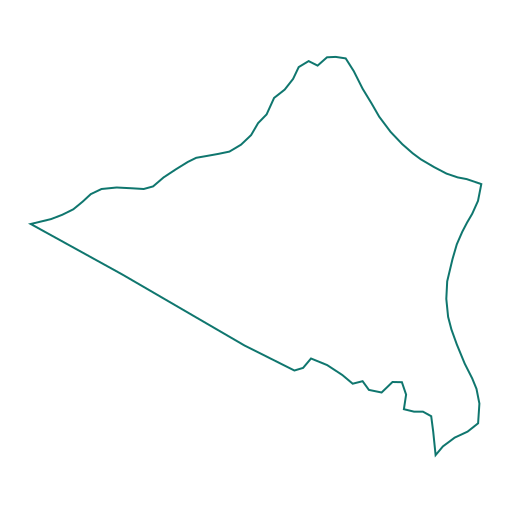 Lucena, Paraíba, Brazil
{"feature_id": "56859067B15488215620489", "entity_name": "Lucena", "entity_type": "district", "adm_level": 2, "iso_a3": "BRA", "parent_name": "Brazil", "parent_adm1": "Paraíba", "projection": "natural_earth1", "projection_center": [-34.904, -6.922], "detail": "fine", "context": "isolated", "style": "outline", "palette": "teal", "viewbox_px": 512, "rotation_deg": 0, "n_neighbors": 0, "source": "geoboundaries", "source_scale": "gbopen_adm2", "svg_char_len": 1117}
<svg xmlns="http://www.w3.org/2000/svg" viewBox="0 0 512 512"><path d="M345.7,58.4L335.7,56.9L327.0,57.3L317.6,65.6L308.6,61.1L298.7,67.1L293.1,78.9L284.7,89.6L274.1,97.9L266.6,114.4L258.1,123.1L251.1,135.1L241.0,144.7L229.4,151.6L218.3,153.9L206.0,156.1L196.2,157.8L187.7,162.0L175.9,169.3L163.6,177.4L153.1,186.4L143.7,189.0L132.3,188.3L116.6,187.5L101.5,189.0L90.8,194.1L82.7,201.6L73.3,209.3L62.2,214.8L51.0,219.1L30.7,224.0L122.3,274.5L244.5,345.5L294.4,370.5L303.1,367.9L311.0,358.5L327.2,365.1L342.3,375.0L352.7,383.7L362.6,381.2L368.9,389.9L381.6,392.5L392.5,382.0L401.9,382.2L406.1,394.6L403.9,409.2L414.2,411.7L423.0,411.7L431.2,416.2L433.2,431.6L435.6,455.1L442.9,446.4L454.7,437.6L467.6,431.6L478.1,423.3L479.4,403.6L476.5,388.9L472.2,378.4L464.7,363.6L456.8,344.4L451.4,329.4L448.1,316.8L446.3,298.9L447.2,281.3L452.5,259.1L456.8,244.3L462.3,231.7L467.1,222.5L472.2,213.8L478.0,200.9L481.3,184.1L466.7,179.1L457.7,177.4L446.5,173.6L433.9,167.0L420.8,159.3L412.7,153.3L402.2,144.1L390.6,131.9L379.2,116.7L371.6,103.5L362.6,88.7L353.8,71.2L345.7,58.4Z" fill="none" stroke="#0f766e" stroke-width="2"/></svg>